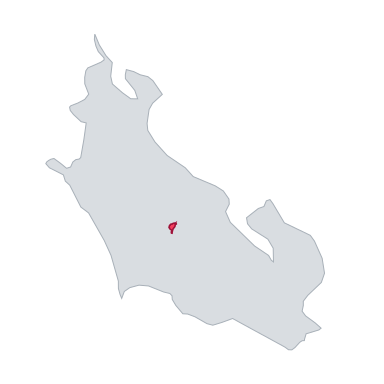 location of San Rafael, Heredia, Costa Rica, rotated 189°
{"feature_id": "36466004B33619943127012", "entity_name": "San Rafael", "entity_type": "district", "adm_level": 2, "iso_a3": "CRI", "parent_name": "Costa Rica", "parent_adm1": "Heredia", "projection": "mercator", "projection_center": [-84.081, 10.06], "detail": "fine", "context": "in_parent", "style": "filled", "palette": "rose", "viewbox_px": 384, "rotation_deg": 189, "n_neighbors": 0, "source": "geoboundaries", "source_scale": "gbopen_adm2", "svg_char_len": 3254}
<svg xmlns="http://www.w3.org/2000/svg" viewBox="0 0 384 384"><g transform="rotate(189 192 192)"><path d="M340.8,197.1L340.3,198.8L338.7,200.6L336.5,202.3L333.6,203.5L326.6,199.9L319.6,195.8L315.8,197.7L314.4,203.0L311.8,205.8L308.6,206.9L307.3,208.6L307.0,226.7L307.3,243.7L312.5,244.1L321.2,250.0L325.0,253.5L326.2,256.7L325.1,258.3L318.7,262.0L312.4,266.7L309.3,272.5L314.8,282.0L315.9,288.4L315.8,295.1L314.3,298.3L302.2,306.0L299.5,308.7L299.9,310.7L306.5,316.0L309.7,321.1L312.3,327.4L312.7,332.7L306.6,322.8L298.3,313.2L291.0,307.4L290.4,293.6L287.5,286.2L276.5,279.3L267.1,274.5L260.2,275.5L264.4,283.4L275.5,293.5L276.2,297.4L276.0,302.6L268.4,301.8L261.7,299.7L253.6,299.0L248.1,295.9L236.6,283.8L244.8,273.5L247.3,266.8L247.1,252.7L245.3,245.9L236.4,235.6L222.3,224.2L202.5,214.9L193.2,207.4L170.0,201.7L161.2,197.9L154.4,190.8L153.3,185.8L155.8,177.9L149.4,168.0L121.8,148.5L106.4,141.3L103.0,137.0L100.6,135.7L103.0,149.2L109.7,157.3L127.3,164.9L132.2,169.3L134.1,175.1L123.9,186.1L118.7,188.9L117.2,194.9L113.8,196.7L110.3,193.2L96.0,176.0L68.4,167.7L63.4,162.7L53.1,146.9L48.4,132.5L50.1,122.9L61.5,108.0L65.0,101.5L64.3,97.4L64.6,91.5L60.4,87.4L49.9,82.0L43.2,77.7L45.1,75.6L57.1,69.8L57.8,64.5L57.8,62.8L59.8,62.4L61.5,61.0L62.6,59.6L65.9,54.6L68.7,51.7L72.0,51.3L76.1,53.4L91.2,58.8L108.1,64.8L132.1,73.4L142.0,67.9L150.6,63.7L156.6,64.3L169.5,69.2L177.2,70.8L182.0,70.3L190.2,77.4L194.7,82.8L195.5,86.4L198.0,88.3L204.4,88.8L220.2,92.4L229.8,91.7L238.5,87.8L243.3,83.2L244.8,75.9L247.0,79.5L249.6,85.2L250.8,92.5L262.1,116.8L271.1,130.4L290.9,155.2L299.4,159.7L313.8,179.6L318.8,182.9L321.7,188.8L336.6,193.6L340.8,197.1Z" fill="#d9dde1" stroke="#a8b0b8" stroke-width="1"/><path d="M209.1,153.3L209.0,153.1L208.5,152.7L208.4,152.4L208.2,152.2L207.9,152.0L207.8,151.9L207.7,151.9L207.5,151.7L207.4,151.7L207.2,151.6L206.9,151.5L206.8,151.4L206.7,151.4L206.3,151.3L206.2,151.3L206.2,151.2L206.0,150.9L206.0,150.6L206.0,150.4L206.0,150.2L206.2,149.8L206.2,149.7L206.2,149.3L206.2,149.1L206.2,148.9L206.0,148.7L205.9,148.7L205.9,148.4L205.9,148.2L205.7,148.1L205.4,148.1L205.2,148.1L205.2,148.5L205.3,149.9L205.2,150.2L205.3,150.2L205.3,150.3L205.4,150.5L205.4,150.8L205.4,151.0L205.3,151.3L205.2,151.4L205.2,151.5L205.1,151.8L205.0,152.0L204.9,152.1L204.9,152.3L204.9,152.5L204.9,152.8L204.8,153.0L204.7,153.1L204.6,153.3L204.5,153.5L204.4,153.6L204.3,153.9L204.2,153.9L204.2,154.0L204.0,154.3L203.9,154.3L203.7,154.6L203.6,154.8L203.6,155.0L203.5,155.3L203.4,155.4L203.4,155.5L203.5,155.6L203.4,155.7L203.4,155.8L203.4,156.1L203.4,156.3L203.4,156.6L203.5,156.7L203.5,156.8L203.6,157.0L203.5,157.3L203.4,157.3L203.2,157.5L202.9,157.7L202.7,157.8L202.4,157.9L202.4,158.0L202.5,158.1L202.6,158.3L202.8,158.4L203.0,158.4L203.3,158.4L203.2,159.0L203.3,158.9L203.5,158.8L203.6,158.6L203.8,158.6L204.7,158.6L204.7,158.3L206.3,157.8L206.4,157.7L206.5,157.6L206.5,157.4L206.5,157.2L206.8,157.1L207.0,157.1L207.2,156.9L207.3,156.9L207.4,157.0L207.5,156.9L207.8,156.8L208.0,156.8L208.0,156.7L208.2,156.4L208.2,156.2L208.3,156.1L208.3,155.9L208.7,155.9L209.0,155.4L209.0,155.2L209.0,154.9L209.0,154.7L209.0,154.4L208.9,154.2L208.9,153.9L208.8,153.7L208.9,153.4L209.0,153.3L209.1,153.3Z" fill="#f43f5e" stroke="#9f1239" stroke-width="1.5"/></g></svg>